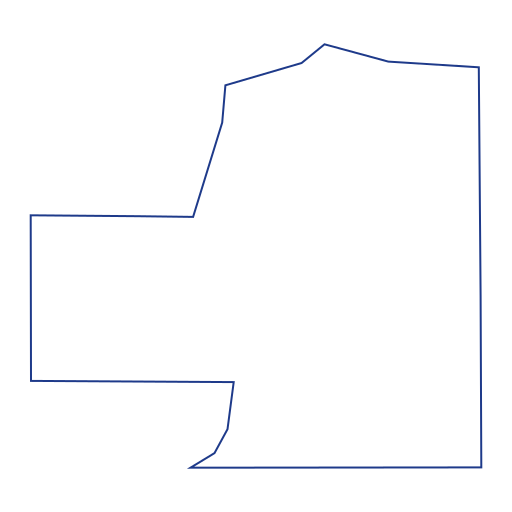 Putnam, Illinois, United States of America (Equal Earth projection)
{"feature_id": "52423323B60390957293359", "entity_name": "Putnam", "entity_type": "district", "adm_level": 2, "iso_a3": "USA", "parent_name": "United States of America", "parent_adm1": "Illinois", "projection": "equal_earth", "projection_center": [-89.303, 41.213], "detail": "fine", "context": "isolated", "style": "outline", "palette": "blue", "viewbox_px": 512, "rotation_deg": 0, "n_neighbors": 0, "source": "geoboundaries", "source_scale": "gbopen_adm2", "svg_char_len": 323}
<svg xmlns="http://www.w3.org/2000/svg" viewBox="0 0 512 512"><path d="M478.8,67.3L388.3,61.6L324.5,44.3L301.6,63.0L225.4,85.3L222.2,122.6L193.1,216.9L138.0,216.2L30.7,215.3L31.0,380.9L233.7,382.1L227.5,429.2L214.5,453.1L190.5,467.7L481.3,467.4L480.6,295.9L478.8,67.3Z" fill="none" stroke="#1e3a8a" stroke-width="2"/></svg>